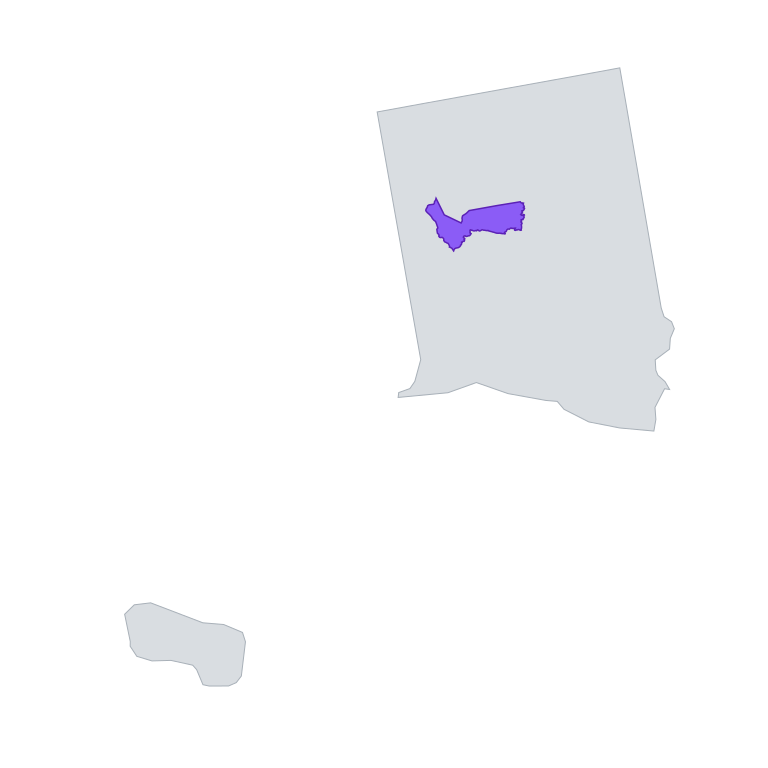 location of Ayene, Wele-Nzás, Equatorial Guinea, rotated 260°
{"feature_id": "11065452B61336086634219", "entity_name": "Ayene", "entity_type": "district", "adm_level": 2, "iso_a3": "GNQ", "parent_name": "Equatorial Guinea", "parent_adm1": "Wele-Nzás", "projection": "robinson", "projection_center": [10.614, 1.791], "detail": "fine", "context": "in_parent", "style": "filled", "palette": "violet", "viewbox_px": 768, "rotation_deg": 260, "n_neighbors": 0, "source": "geoboundaries", "source_scale": "gbopen_adm2", "svg_char_len": 5652}
<svg xmlns="http://www.w3.org/2000/svg" viewBox="0 0 768 768"><g transform="rotate(260 384 384)"><path d="M653.1,424.5L653.4,473.4L653.6,514.7L653.8,559.5L654.0,606.1L654.2,645.5L654.4,671.1L616.2,671.0L565.5,670.8L514.9,670.6L464.2,670.4L438.7,670.3L410.7,670.2L401.6,671.5L395.4,678.0L388.0,679.5L379.3,673.9L368.8,671.3L365.9,665.6L360.7,655.3L350.3,654.1L345.0,655.3L337.5,661.2L329.0,664.3L330.6,659.5L313.9,646.8L301.9,645.6L290.8,641.6L299.8,608.4L311.1,579.1L327.8,556.9L336.8,551.6L339.7,540.6L353.0,504.5L369.4,475.2L364.3,445.5L368.3,395.6L373.0,397.0L373.8,401.7L375.0,408.7L381.2,414.8L401.6,424.4L462.6,424.4L499.0,424.5L552.8,424.5L609.8,424.5L653.1,424.5ZM169.8,88.5L174.4,89.4L202.3,88.6L209.9,99.7L209.0,116.2L180.3,164.1L175.0,184.3L163.9,201.5L154.2,202.8L121.2,192.8L115.6,186.7L113.6,178.5L116.9,159.4L119.3,153.5L135.2,149.9L140.3,146.8L148.8,126.2L151.6,107.4L158.7,93.3L169.8,88.5Z" fill="#d9dde1" stroke="#a8b0b8" stroke-width="1"/><path d="M539.8,549.7L540.1,526.3L540.0,498.0L539.4,497.1L538.5,495.8L537.7,494.6L537.0,493.0L536.6,491.9L536.0,490.6L535.2,490.2L533.8,489.6L532.2,489.6L530.8,489.2L530.0,488.5L529.2,487.9L540.1,472.7L557.8,467.5L556.3,466.8L554.8,465.4L553.2,464.9L552.4,464.0L552.6,459.5L552.0,458.0L550.5,457.2L548.9,455.8L547.8,455.3L546.8,455.5L545.3,456.4L542.9,458.3L540.5,459.8L538.8,460.3L536.7,461.5L535.1,463.0L532.7,463.5L530.6,463.8L529.1,464.1L528.3,464.1L527.2,462.9L525.0,462.8L523.3,462.8L522.9,462.9L522.3,463.6L521.0,464.1L520.2,463.6L518.8,464.2L518.3,465.4L518.4,466.6L517.7,467.4L516.6,468.0L514.8,467.8L513.3,468.6L512.6,469.8L511.9,470.5L511.4,471.5L511.0,471.7L510.9,471.7L509.6,472.2L508.0,472.5L507.5,472.2L506.9,473.1L505.9,474.4L502.9,475.7L503.0,475.8L503.8,476.1L504.3,476.4L504.7,476.9L505.0,477.2L505.0,477.4L505.3,478.1L505.3,478.5L505.4,479.1L505.3,479.4L505.4,480.1L505.4,481.0L505.7,481.6L505.8,482.0L506.2,482.7L506.5,482.9L506.9,483.4L507.5,483.5L507.7,484.0L507.8,484.3L508.4,484.7L509.0,484.9L509.4,484.9L509.7,484.9L509.8,485.2L509.9,485.5L510.3,485.3L510.4,485.9L510.6,486.4L510.7,486.5L510.8,486.7L510.7,487.4L510.6,487.7L511.0,488.0L511.4,488.2L511.6,488.3L511.8,488.2L512.1,488.1L512.4,487.9L512.5,487.9L512.7,488.1L512.7,488.4L512.8,488.6L512.9,488.8L513.2,488.8L513.4,488.7L513.6,488.5L513.7,488.3L514.1,488.0L514.6,487.7L514.8,488.0L515.1,488.1L515.5,488.0L515.7,488.3L515.9,489.2L515.8,489.7L515.6,490.0L515.4,490.0L515.0,490.7L515.0,490.9L515.0,491.2L515.0,491.4L515.2,492.6L515.3,493.2L515.2,493.5L515.2,493.9L515.6,494.6L515.9,494.9L516.1,495.1L516.4,495.4L516.8,495.8L517.0,495.9L517.2,495.6L517.6,495.1L517.9,494.9L518.0,495.0L518.3,495.1L518.5,495.2L518.8,495.1L519.1,495.2L519.3,495.3L519.6,495.3L519.9,495.2L520.2,495.3L520.4,495.4L520.8,495.7L520.8,496.1L520.7,496.2L520.5,496.6L520.2,496.8L520.2,497.0L520.2,497.3L519.8,497.9L519.4,498.4L519.2,499.0L519.1,499.5L519.1,500.1L519.2,500.7L519.2,500.9L519.0,501.2L518.8,501.6L518.9,502.0L519.3,502.3L519.5,502.6L519.4,502.7L519.1,503.6L519.0,503.8L518.8,503.9L518.7,504.0L518.3,504.2L518.2,504.4L518.1,504.7L518.1,505.2L518.2,505.5L518.9,507.4L518.6,508.0L518.3,508.6L518.1,509.0L518.0,509.7L517.8,510.2L517.6,510.8L517.3,511.3L517.3,511.7L517.3,512.4L516.9,512.9L516.7,513.4L516.9,513.7L516.7,513.9L516.4,514.1L515.8,515.3L515.3,516.5L515.1,516.9L514.9,517.2L514.7,517.6L514.5,518.2L514.3,518.6L514.1,519.0L513.9,519.3L513.8,519.6L513.5,520.0L513.2,520.7L513.0,521.1L512.9,521.6L512.8,521.9L512.7,522.4L512.6,522.7L512.6,523.2L512.5,523.9L512.4,524.4L512.2,524.6L512.1,524.8L512.1,525.1L512.1,525.5L512.0,525.8L511.9,525.9L511.7,526.0L511.5,526.5L511.5,527.0L511.4,527.4L511.4,527.6L510.8,529.1L510.9,529.4L511.2,529.5L511.8,528.9L512.1,528.9L512.3,529.0L512.5,529.4L512.8,529.8L512.8,530.1L512.8,530.3L513.0,530.7L513.2,530.9L513.4,531.1L513.7,531.3L514.0,531.5L514.5,531.8L514.7,532.1L515.0,532.7L515.0,533.1L515.0,533.4L514.8,534.0L514.7,534.4L515.0,534.9L515.3,535.2L515.5,535.6L515.5,536.0L515.4,536.5L515.0,536.9L514.9,537.1L514.9,537.4L515.0,537.5L515.0,537.9L514.8,538.2L514.8,538.4L514.7,538.9L514.7,539.3L514.7,539.6L514.8,540.1L514.7,540.4L514.4,540.1L514.1,539.9L513.9,539.7L513.6,539.4L513.3,539.3L513.1,539.3L512.9,539.4L512.7,539.5L512.5,539.9L512.5,540.3L512.6,540.9L512.7,541.2L512.8,541.3L512.6,541.6L512.6,542.2L512.7,542.4L512.8,542.7L512.8,542.9L512.7,543.0L512.7,543.4L512.6,543.9L512.3,544.3L512.1,544.5L511.7,544.8L511.7,545.5L511.7,545.9L512.0,545.9L512.5,545.9L512.9,546.2L513.1,546.2L513.3,546.4L513.6,546.4L514.0,546.6L514.4,546.7L515.0,546.8L515.4,546.8L516.0,546.9L517.1,546.8L517.5,547.1L517.7,547.6L518.0,547.8L518.5,547.7L518.9,547.7L519.3,547.3L519.5,547.6L519.8,547.7L520.1,547.5L520.4,547.2L521.0,547.5L521.3,547.5L521.9,547.6L521.9,547.8L521.8,548.0L521.7,548.4L522.1,548.7L522.3,549.1L522.2,549.4L522.0,549.5L522.3,549.8L522.7,550.0L523.1,550.4L523.9,551.0L525.1,550.9L525.4,550.8L525.7,550.9L525.7,551.2L526.0,551.6L526.3,551.5L526.6,551.1L526.7,550.8L526.7,550.5L526.4,550.2L526.2,549.8L526.0,549.5L526.1,549.2L526.4,548.7L526.8,548.5L527.0,548.2L527.2,548.5L527.7,548.6L527.8,549.0L528.0,549.5L528.3,549.5L528.6,549.4L528.7,549.6L528.9,549.7L529.1,550.2L529.4,550.3L529.6,550.3L529.7,550.0L530.0,549.9L530.5,549.8L530.7,550.2L530.7,550.8L530.8,551.4L531.0,551.7L531.2,551.9L531.5,552.3L531.8,552.3L532.3,552.5L532.6,552.9L533.1,552.7L533.4,551.9L533.8,552.0L534.0,552.4L534.4,552.9L535.3,552.7L535.7,552.6L536.1,552.4L536.5,552.4L536.9,552.3L537.3,552.1L537.4,552.3L537.7,552.7L537.9,552.8L538.4,551.4L538.4,551.2L538.4,550.8L538.7,550.5L538.9,550.3L539.1,550.2L539.3,550.1L539.7,549.7L539.8,549.7Z" fill="#8b5cf6" stroke="#5b21b6" stroke-width="1.5"/></g></svg>